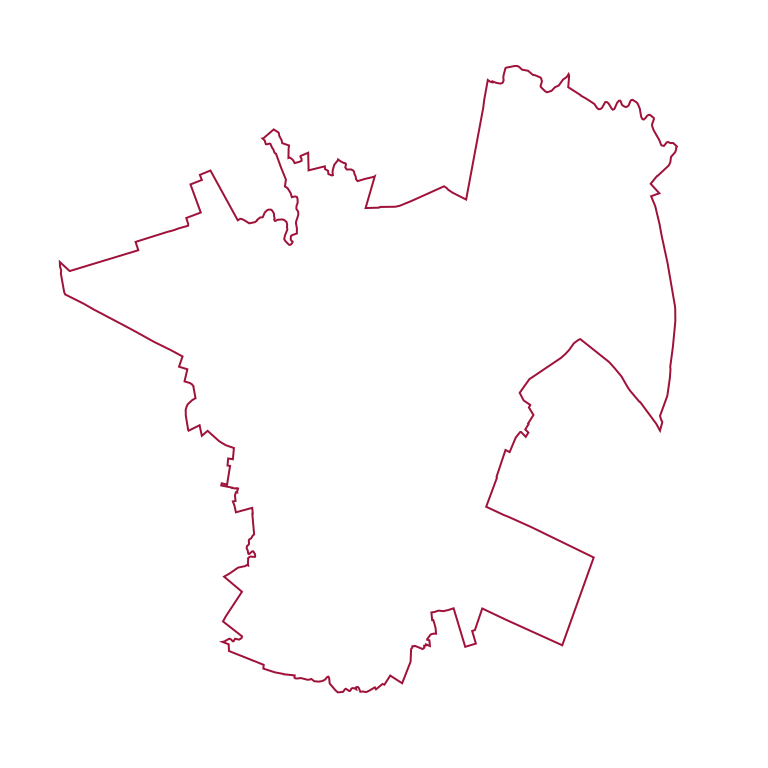 Timisoara, Timis, Romania (Natural Earth projection), rotated 85°
{"feature_id": "2599482B15929975886396", "entity_name": "Timisoara", "entity_type": "district", "adm_level": 2, "iso_a3": "ROU", "parent_name": "Romania", "parent_adm1": "Timis", "projection": "natural_earth1", "projection_center": [21.198, 45.759], "detail": "fine", "context": "isolated", "style": "outline", "palette": "rose", "viewbox_px": 768, "rotation_deg": 85, "n_neighbors": 0, "source": "geoboundaries", "source_scale": "gbopen_adm2", "svg_char_len": 6099}
<svg xmlns="http://www.w3.org/2000/svg" viewBox="0 0 768 768"><g transform="rotate(85 384 384)"><path d="M278.1,675.8L284.4,666.8L307.0,631.7L322.3,608.9L331.3,594.0L339.0,582.3L348.9,586.7L352.2,578.6L364.0,582.5L366.1,577.3L367.5,575.4L369.8,573.9L370.3,574.1L381.7,573.0L383.3,576.4L387.1,581.3L389.5,582.7L392.3,583.8L398.2,584.2L412.8,583.1L413.5,582.7L409.0,571.3L419.7,570.0L415.3,563.8L426.3,553.5L428.0,551.4L431.2,546.9L434.7,539.1L445.8,541.1L444.6,545.7L451.6,547.0L452.2,544.5L470.5,549.1L468.8,554.3L470.9,555.0L474.0,544.4L474.3,544.5L475.1,541.0L475.3,539.6L475.0,539.5L475.4,538.5L478.5,539.8L479.3,539.7L479.0,541.0L482.1,542.2L487.6,542.1L487.8,544.8L492.5,543.5L498.9,542.7L495.9,526.1L501.5,526.0L501.5,526.4L502.3,526.5L522.5,526.5L523.6,528.0L526.2,529.8L527.0,531.6L527.8,532.3L531.5,532.4L532.3,532.9L533.4,534.5L535.5,535.2L537.9,534.3L541.1,534.0L541.6,533.5L541.4,532.8L539.3,530.0L539.3,528.8L542.4,527.3L544.1,527.3L545.0,527.7L544.3,532.2L544.5,533.0L545.9,534.7L546.4,534.5L549.9,535.1L553.0,535.1L552.3,536.3L553.3,538.1L554.2,545.4L559.3,554.3L562.0,560.1L578.6,543.6L601.6,561.8L606.5,565.1L623.0,547.4L624.8,548.1L626.0,550.7L624.8,554.6L627.2,556.3L627.1,557.1L625.1,558.7L624.3,559.9L624.6,561.2L626.6,565.5L626.8,567.4L629.8,561.4L636.5,561.7L653.3,528.3L657.0,529.0L661.7,517.9L664.1,509.4L664.4,509.3L666.5,498.4L668.7,498.8L669.5,498.0L669.8,496.1L669.7,492.4L672.0,485.8L672.0,484.0L671.5,482.1L674.0,479.4L674.8,475.2L674.7,472.6L674.2,470.3L673.1,468.2L670.9,466.0L670.7,464.9L672.0,464.3L677.7,464.2L685.2,458.8L687.2,456.8L687.1,451.6L684.7,449.5L684.3,448.5L686.8,445.4L686.7,444.4L684.6,443.0L684.2,441.8L684.6,439.9L685.8,438.2L683.9,438.4L683.4,437.2L683.7,436.3L684.6,435.6L688.5,434.4L688.5,431.7L689.4,428.6L688.2,425.4L685.4,419.6L687.5,418.6L682.7,411.6L683.6,409.8L675.0,403.2L683.7,392.0L662.9,381.7L650.4,380.1L649.1,378.8L647.7,378.6L647.8,376.1L647.6,375.9L651.4,368.6L650.3,366.9L648.8,366.9L648.8,366.5L648.1,366.5L648.1,364.9L647.1,364.8L649.0,361.1L643.3,361.1L642.5,363.3L641.9,363.2L637.6,359.4L637.0,356.6L637.3,353.9L631.6,353.9L627.4,354.6L623.5,355.5L623.5,356.6L615.7,356.7L615.5,353.5L614.7,350.3L614.6,348.7L615.5,344.7L614.7,339.4L613.5,334.2L652.9,326.0L650.6,315.1L637.7,317.7L637.1,314.9L616.2,305.7L629.4,283.2L659.8,229.2L575.1,190.2L539.2,250.1L526.7,272.5L525.0,276.0L515.2,292.9L487.1,279.6L486.3,280.0L460.3,268.7L462.8,264.8L448.8,257.4L443.7,252.5L443.8,251.6L449.0,247.4L445.0,244.4L441.6,247.2L436.4,243.4L435.9,243.9L427.9,237.8L420.0,241.7L417.6,240.1L412.6,246.3L404.6,249.6L391.9,238.8L373.4,205.4L370.0,200.8L366.2,196.6L360.0,191.3L357.0,186.5L356.4,184.5L356.6,184.3L381.8,157.8L388.0,153.1L397.1,146.8L408.9,141.3L412.5,139.2L424.0,131.1L424.0,130.7L425.4,129.7L447.3,116.3L454.5,113.1L446.6,110.2L445.6,110.1L444.3,110.9L439.8,111.8L420.5,102.8L402.9,98.7L394.3,97.3L392.0,97.4L372.3,93.0L346.9,88.3L335.4,87.4L332.5,87.3L288.1,91.0L260.3,94.5L248.6,95.6L230.5,98.3L220.2,101.5L218.0,93.1L207.8,100.9L200.7,94.0L200.7,93.5L191.1,81.2L187.9,79.4L182.8,78.3L178.4,73.7L175.9,72.6L173.9,72.3L173.0,71.5L169.2,74.8L168.9,77.8L167.7,79.9L167.8,80.8L168.3,81.6L171.2,84.4L170.7,86.2L169.9,87.1L165.2,88.4L154.6,93.3L150.4,94.4L148.5,94.3L143.7,92.0L142.4,92.1L139.1,95.6L138.9,96.7L139.7,98.5L141.7,100.2L143.2,102.2L142.6,103.5L140.2,104.5L132.0,105.2L126.9,106.8L125.2,108.1L122.6,111.6L122.7,113.0L123.7,113.9L127.9,116.1L129.1,118.1L129.1,119.1L128.6,120.2L127.1,122.2L126.3,122.7L122.7,123.7L122.3,124.0L122.2,125.2L124.2,127.3L129.6,130.2L130.3,130.9L130.7,132.1L129.4,133.3L124.1,135.8L122.6,137.4L122.4,138.5L122.5,139.1L127.7,142.6L128.9,144.3L129.0,146.2L127.4,147.9L123.4,150.0L117.4,157.6L113.8,162.9L113.4,162.9L104.4,174.6L93.1,172.7L91.4,173.1L94.1,175.2L96.4,179.2L101.9,183.9L103.3,187.9L106.6,191.6L107.6,196.2L106.5,197.9L101.8,201.9L100.5,202.0L96.4,200.3L93.2,200.8L92.2,201.6L89.5,206.8L89.0,208.8L84.5,213.2L82.9,219.0L79.7,222.0L78.9,223.3L78.6,226.0L79.5,234.6L80.0,235.5L86.4,237.8L88.6,238.4L92.1,238.4L94.3,239.6L94.9,241.6L94.7,242.6L93.7,246.0L92.0,249.5L93.0,249.6L92.9,250.0L91.9,252.2L90.2,254.1L110.0,259.5L117.2,261.0L207.4,286.1L199.4,299.0L196.0,303.2L194.1,304.6L192.3,307.0L204.0,340.5L207.8,352.7L208.4,357.2L207.3,372.5L207.9,373.6L207.1,387.0L176.3,375.1L176.7,375.8L178.1,385.5L179.6,392.6L177.7,393.9L174.5,394.2L172.0,395.2L170.2,395.3L168.7,396.0L167.4,398.0L167.1,402.3L164.9,403.7L161.8,402.7L160.9,403.1L160.4,403.9L160.5,404.5L158.4,407.8L156.3,410.2L157.3,410.6L161.2,414.4L166.3,416.3L168.3,416.8L171.5,416.7L171.7,417.8L170.0,421.1L166.7,421.2L164.8,424.0L162.0,424.0L164.6,440.5L147.0,439.4L149.6,447.3L150.0,447.5L152.6,446.5L154.5,446.7L155.4,449.4L156.1,453.8L153.4,454.9L151.6,456.4L150.2,458.2L150.5,459.5L141.2,458.5L138.1,457.8L135.2,464.4L132.1,464.8L127.7,466.7L124.9,466.9L124.2,467.3L120.8,471.7L128.7,482.7L128.8,483.6L131.1,481.6L134.8,480.8L135.0,479.9L134.5,477.0L134.9,476.2L138.6,475.0L140.9,473.7L143.3,473.2L144.7,472.4L145.2,471.5L159.1,467.8L171.8,463.9L178.6,465.5L180.2,463.3L181.4,462.5L185.6,460.4L189.9,459.5L189.4,456.9L189.6,455.5L190.2,454.4L191.8,454.0L196.0,454.2L198.5,455.5L201.2,456.0L202.2,455.9L204.6,454.6L206.9,454.5L208.5,454.8L214.8,457.5L216.2,457.7L221.3,457.2L226.5,457.7L227.6,462.3L228.3,463.6L229.8,464.1L231.8,464.3L233.0,463.9L234.3,462.6L235.5,463.2L236.7,464.3L237.2,465.4L237.0,466.5L233.2,469.7L230.9,470.8L227.2,469.6L221.7,466.8L219.3,467.0L217.0,466.6L214.3,466.9L212.0,469.0L211.2,470.7L211.1,475.7L212.1,477.9L211.9,478.6L210.6,479.1L209.4,478.5L207.4,478.9L204.4,478.8L201.5,480.3L200.5,481.3L200.2,483.4L200.6,485.1L202.7,487.8L207.0,490.1L207.4,490.9L207.3,492.8L207.6,493.4L209.6,496.2L210.1,496.2L211.5,498.4L212.2,504.2L208.1,509.7L207.0,512.0L207.0,513.1L208.2,515.4L156.2,538.3L159.6,549.2L164.9,547.7L168.3,559.4L197.2,551.6L201.4,566.5L207.2,565.2L208.8,565.2L209.3,565.5L211.1,575.0L212.6,580.6L213.6,586.6L220.8,619.1L229.3,617.1L244.1,687.3L234.2,696.3L238.7,696.5L242.9,695.7L245.6,696.3L264.6,694.6L267.0,693.8L278.1,675.8Z" fill="none" stroke="#9f1239" stroke-width="2"/></g></svg>